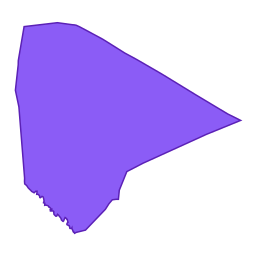 the district of San Juan Achiutla, Oaxaca, Mexico
{"feature_id": "50627088B30622720608002", "entity_name": "San Juan Achiutla", "entity_type": "district", "adm_level": 2, "iso_a3": "MEX", "parent_name": "Mexico", "parent_adm1": "Oaxaca", "projection": "equal_earth", "projection_center": [-97.513, 17.347], "detail": "fine", "context": "isolated", "style": "filled", "palette": "violet", "viewbox_px": 256, "rotation_deg": 0, "n_neighbors": 0, "source": "geoboundaries", "source_scale": "gbopen_adm2", "svg_char_len": 1485}
<svg xmlns="http://www.w3.org/2000/svg" viewBox="0 0 256 256"><path d="M24.7,183.9L26.6,185.5L28.3,188.0L30.1,189.8L30.8,190.4L31.6,191.4L32.9,192.1L33.9,192.7L34.4,192.7L35.6,191.3L37.0,191.2L37.0,192.1L36.7,194.3L37.4,194.2L38.3,194.7L38.5,194.6L38.8,195.0L39.5,195.8L39.6,196.5L39.8,197.5L40.4,197.7L42.0,196.4L43.1,196.9L43.5,198.1L43.7,198.9L44.1,201.3L43.6,202.1L43.5,202.8L44.0,203.0L44.8,203.2L44.7,205.3L45.2,205.2L45.8,205.1L47.0,205.4L48.1,205.8L48.6,206.4L48.9,207.1L49.5,207.1L49.7,207.6L50.4,207.9L51.2,209.2L51.8,209.1L51.8,209.8L50.2,209.7L50.4,211.0L53.1,211.0L53.4,211.1L53.8,211.7L53.7,212.2L53.9,213.6L54.0,214.4L55.8,216.2L56.0,216.2L56.3,216.2L56.8,216.0L57.5,214.3L58.6,215.2L59.6,216.7L60.1,217.1L60.9,218.3L61.4,219.5L61.3,219.8L62.7,221.2L63.1,221.4L63.7,220.8L64.2,219.4L65.1,217.5L65.8,217.9L66.9,219.4L67.3,219.4L67.4,220.0L68.0,222.4L67.5,222.7L67.0,223.4L66.9,224.6L68.9,225.7L69.2,225.7L69.4,226.1L69.9,228.4L71.6,228.6L71.9,228.0L72.0,229.0L72.3,229.4L72.7,230.2L72.7,230.6L73.3,231.8L73.4,231.7L73.6,231.6L74.6,233.3L76.2,232.4L85.5,230.1L87.2,228.3L105.4,209.3L108.9,203.8L112.3,199.8L116.2,199.3L118.4,199.3L119.3,190.2L126.8,171.6L142.8,163.3L206.3,134.4L240.6,120.4L227.6,113.9L195.4,94.6L161.9,74.1L136.7,59.5L124.7,53.0L102.7,39.2L79.6,26.8L76.1,25.2L74.4,24.9L74.2,24.9L73.4,24.8L72.2,24.7L57.4,22.7L24.1,26.6L18.3,60.6L18.2,64.9L15.4,90.3L18.9,106.9L24.6,178.2L24.5,181.4L24.7,183.9Z" fill="#8b5cf6" stroke="#5b21b6" stroke-width="1.5"/></svg>